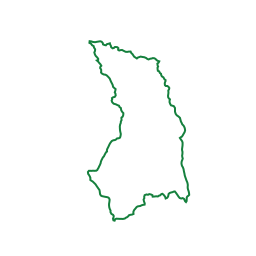 Joaquim Felício, Minas Gerais, Brazil (Natural Earth projection), rotated 327°
{"feature_id": "56859067B86267150913030", "entity_name": "Joaquim Felício", "entity_type": "district", "adm_level": 2, "iso_a3": "BRA", "parent_name": "Brazil", "parent_adm1": "Minas Gerais", "projection": "natural_earth1", "projection_center": [-44.115, -17.647], "detail": "fine", "context": "isolated", "style": "outline", "palette": "green", "viewbox_px": 256, "rotation_deg": 327, "n_neighbors": 0, "source": "geoboundaries", "source_scale": "gbopen_adm2", "svg_char_len": 4393}
<svg xmlns="http://www.w3.org/2000/svg" viewBox="0 0 256 256"><g transform="rotate(327 128 128)"><path d="M153.1,43.1L152.9,41.3L152.0,40.2L151.0,39.7L149.8,39.2L148.7,38.7L147.5,38.3L146.5,37.6L145.4,36.7L144.4,35.4L143.1,34.3L142.0,35.6L142.9,37.1L143.0,39.1L143.8,40.6L143.3,42.0L143.3,44.1L142.3,45.4L140.9,46.3L140.3,48.4L140.2,50.1L140.6,52.0L140.7,53.7L140.0,54.7L138.7,54.4L139.2,56.4L139.3,57.9L139.6,59.6L139.5,61.3L138.2,61.6L137.3,62.5L137.3,64.3L136.6,65.6L135.6,66.8L135.9,68.4L136.9,70.0L138.1,71.0L138.8,72.3L139.3,74.6L139.6,76.6L139.2,78.6L138.9,80.6L138.8,81.9L138.6,83.5L137.9,85.4L138.3,87.1L138.8,88.6L137.6,89.9L136.3,90.9L136.2,92.3L135.4,94.0L133.8,94.7L132.2,94.1L130.8,94.2L130.4,95.3L129.2,96.1L128.8,97.8L129.2,99.8L130.7,101.5L131.7,103.2L132.6,104.4L132.3,105.8L132.9,107.3L132.0,109.4L131.9,111.2L132.2,113.0L131.5,114.0L130.7,114.9L129.6,115.6L128.2,115.7L127.5,116.7L126.9,117.9L125.6,118.6L124.6,119.9L123.4,120.7L122.0,122.2L121.0,123.9L120.2,125.3L119.5,126.9L118.7,129.1L117.4,130.6L116.1,131.7L114.7,131.6L113.2,130.8L111.7,131.1L110.5,131.0L109.0,130.3L107.3,130.1L106.1,130.5L104.8,131.0L103.3,131.8L101.6,132.9L100.4,133.6L99.3,134.2L98.2,135.1L97.6,136.3L96.3,136.4L95.2,137.0L93.9,137.7L92.3,138.7L90.9,139.0L89.4,139.9L88.0,140.7L86.8,141.6L85.9,142.6L85.0,143.2L84.0,143.9L82.8,144.5L81.7,145.3L80.5,145.8L79.4,146.5L78.0,146.5L76.4,145.5L75.1,144.6L74.1,144.1L73.1,143.4L71.9,142.6L70.4,143.1L69.6,144.8L69.7,146.4L69.6,147.8L69.3,149.3L68.1,151.1L68.6,152.4L69.2,153.5L69.6,155.2L70.1,157.5L70.1,159.8L70.2,162.8L70.3,164.4L69.8,165.7L69.1,167.1L68.5,168.5L68.5,170.0L69.1,171.0L70.0,171.9L71.4,173.3L72.7,174.5L73.5,175.4L73.9,176.7L73.5,178.2L72.5,179.4L71.8,180.2L70.8,181.3L70.0,182.5L69.1,184.3L68.6,186.0L68.4,187.7L67.5,189.0L67.3,191.0L68.2,192.7L68.1,194.1L67.2,195.0L66.0,195.9L65.5,197.5L66.3,198.4L67.6,197.5L69.0,197.8L70.3,198.8L71.6,199.7L72.8,200.5L74.2,201.5L76.0,202.2L77.5,202.1L78.7,202.3L80.3,202.1L81.3,201.7L82.7,202.1L84.2,202.8L85.8,203.1L86.4,201.9L87.1,201.0L88.6,200.1L90.4,199.6L92.1,199.0L93.3,199.0L94.8,199.6L95.8,200.1L97.2,200.2L98.6,200.6L100.2,201.3L101.0,200.3L101.4,198.3L102.1,196.5L103.5,195.7L104.1,194.5L105.4,193.4L107.3,193.8L108.4,194.9L109.8,195.0L111.0,196.2L111.9,197.6L111.3,199.0L112.7,199.8L114.4,200.6L115.8,201.7L117.0,201.6L118.3,202.0L120.0,201.6L121.0,201.9L121.4,203.1L121.6,204.4L121.7,205.9L121.2,207.6L122.8,207.9L124.3,207.3L125.2,206.4L126.2,205.4L127.6,205.2L129.2,205.6L130.5,206.1L131.6,206.2L132.7,206.7L132.9,208.4L133.0,210.8L133.0,212.9L133.2,214.8L134.2,216.1L135.7,216.6L136.4,218.0L136.2,219.3L136.0,220.5L136.3,221.7L137.4,221.2L138.5,219.6L139.5,218.2L140.5,217.7L141.7,217.7L142.9,217.4L143.8,215.7L144.4,214.1L144.8,212.4L145.4,210.8L146.2,209.6L147.1,208.4L147.6,207.3L148.1,205.9L148.5,203.6L148.9,202.1L149.3,200.4L149.8,198.6L150.5,197.0L151.0,195.6L151.5,194.3L152.2,192.7L152.6,190.9L152.7,189.0L153.4,187.1L154.4,185.7L155.3,184.9L156.2,184.3L157.3,183.4L157.7,182.0L158.3,180.7L159.5,179.4L160.7,177.7L161.1,176.5L161.7,175.3L162.9,173.9L164.1,172.5L165.1,171.1L165.8,170.0L166.2,168.6L166.1,166.2L166.1,164.6L167.3,164.5L168.4,164.6L169.7,164.1L171.4,163.2L173.2,162.3L174.6,161.1L175.3,159.6L175.7,158.3L175.9,156.4L175.5,154.4L175.8,152.9L175.9,151.5L176.4,149.9L177.1,147.8L176.6,145.8L175.8,143.9L175.7,142.1L176.3,139.9L177.3,138.4L178.3,136.8L178.3,134.6L177.3,133.4L176.4,132.4L176.5,130.7L176.9,129.0L177.7,127.8L178.8,126.8L178.4,125.6L178.4,124.2L179.1,122.8L180.0,121.8L181.1,120.5L182.2,118.5L183.5,117.9L184.4,117.0L184.4,115.7L183.9,114.2L182.6,113.4L182.3,112.2L183.1,110.6L183.9,109.8L184.9,109.2L185.6,108.3L185.1,107.1L185.3,104.8L184.5,103.1L184.7,101.7L185.2,100.5L184.7,99.1L185.0,97.5L184.2,96.3L184.9,94.7L185.7,93.4L186.7,92.9L186.9,91.7L187.7,90.0L189.3,89.8L190.5,89.1L189.5,87.9L188.9,86.4L188.7,85.1L188.1,83.9L186.9,82.9L185.6,82.6L184.4,82.0L182.6,81.7L181.8,80.6L181.3,79.1L180.2,77.5L178.8,76.3L177.5,75.0L175.8,74.6L174.6,74.3L173.3,74.5L172.7,73.1L172.0,71.5L172.0,69.9L172.0,68.5L171.6,67.0L171.8,65.3L170.2,64.3L168.9,63.8L167.5,62.8L166.5,61.1L165.5,59.3L164.1,58.6L162.8,58.2L162.3,57.0L163.4,55.8L163.1,54.5L161.9,53.4L160.9,52.9L159.8,53.2L158.5,52.8L157.9,51.1L158.4,49.7L158.5,48.2L158.9,47.1L157.4,46.7L156.0,46.2L154.5,46.6L153.4,45.5L152.6,44.3L153.1,43.1Z" fill="none" stroke="#15803d" stroke-width="2"/></g></svg>